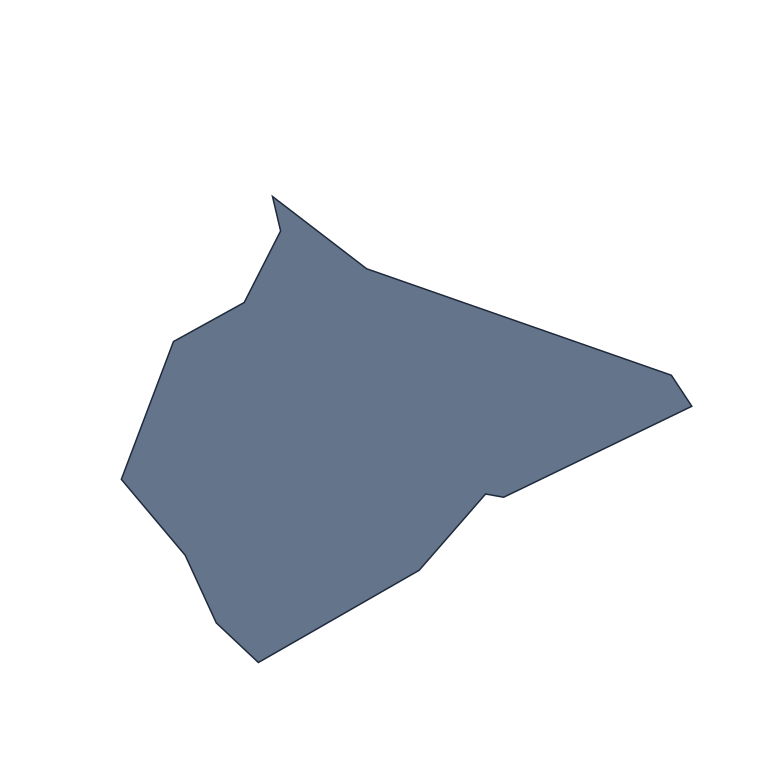 outline of Twic East, Jonglei, South Sudan, rotated 159°
{"feature_id": "79223893B26459782826909", "entity_name": "Twic East", "entity_type": "district", "adm_level": 2, "iso_a3": "SSD", "parent_name": "South Sudan", "parent_adm1": "Jonglei", "projection": "orthographic", "projection_center": [31.334, 7.029], "detail": "fine", "context": "isolated", "style": "filled", "palette": "slate", "viewbox_px": 768, "rotation_deg": 159, "n_neighbors": 0, "source": "geoboundaries", "source_scale": "gbopen_adm2", "svg_char_len": 351}
<svg xmlns="http://www.w3.org/2000/svg" viewBox="0 0 768 768"><g transform="rotate(159 384 384)"><path d="M420.9,599.0L425.7,563.9L485.3,510.2L565.3,499.1L663.4,389.1L631.0,295.4L626.2,221.1L601.1,169.0L417.9,197.5L328.6,244.9L312.9,235.4L104.6,252.9L112.6,289.2L358.9,497.8L420.9,599.0Z" fill="#64748b" stroke="#1e293b" stroke-width="1.5"/></g></svg>